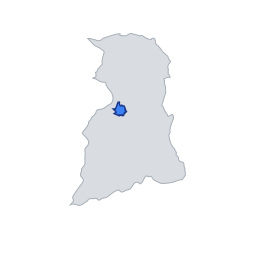 location of Grimari, Ouaka, Central African Republic, rotated 112°
{"feature_id": "33826404B92675237545946", "entity_name": "Grimari", "entity_type": "district", "adm_level": 2, "iso_a3": "CAF", "parent_name": "Central African Republic", "parent_adm1": "Ouaka", "projection": "robinson", "projection_center": [19.988, 5.752], "detail": "fine", "context": "in_parent", "style": "filled", "palette": "blue", "viewbox_px": 256, "rotation_deg": 112, "n_neighbors": 0, "source": "geoboundaries", "source_scale": "gbopen_adm2", "svg_char_len": 4714}
<svg xmlns="http://www.w3.org/2000/svg" viewBox="0 0 256 256"><g transform="rotate(112 128 128)"><path d="M172.7,94.6L174.8,95.2L175.2,95.9L174.6,98.3L175.0,99.8L176.2,101.1L177.4,101.6L178.5,101.9L182.5,102.7L184.2,103.6L186.4,106.4L189.2,108.9L189.9,110.3L189.7,111.5L188.9,113.0L189.1,113.6L190.3,115.1L191.8,116.6L194.5,118.3L199.1,121.0L201.2,122.8L201.9,124.1L203.1,125.6L204.8,126.9L205.9,128.0L205.1,130.9L205.3,131.8L205.8,132.7L206.7,133.8L207.1,135.3L208.1,137.2L209.2,138.0L211.1,138.3L212.1,139.2L214.2,140.6L216.2,141.9L217.1,142.8L217.6,143.6L218.1,144.5L218.3,145.4L218.4,147.4L218.8,149.8L219.8,151.5L220.9,152.7L216.7,151.3L216.1,151.3L215.4,151.5L213.2,153.3L212.5,153.5L209.8,153.1L203.2,151.7L198.2,150.4L196.7,149.9L194.0,149.4L192.2,150.4L190.5,153.5L190.0,154.1L187.4,155.0L186.1,154.8L183.1,155.7L178.4,154.4L176.7,154.6L175.4,155.3L172.0,156.7L170.0,157.5L167.6,158.2L165.3,159.4L163.8,160.0L162.3,160.0L160.9,159.3L159.5,158.8L157.7,158.7L155.9,159.0L154.3,160.3L153.7,161.1L152.3,163.5L150.7,167.4L150.1,168.2L149.5,168.6L142.2,166.6L139.0,166.2L136.9,166.8L134.2,165.7L133.0,165.5L132.5,165.8L131.0,165.4L128.5,164.0L126.2,163.5L124.1,163.7L122.8,163.2L121.8,162.0L120.5,159.6L118.1,157.3L114.9,155.4L112.9,154.0L112.1,153.1L110.3,152.5L107.7,152.4L105.2,153.4L101.5,156.3L98.1,162.3L96.2,164.5L94.7,165.1L94.3,166.6L95.1,168.9L95.3,171.5L94.7,176.0L94.9,179.2L94.1,178.7L93.3,177.2L93.0,176.9L90.7,177.6L89.6,178.2L89.0,178.8L88.5,178.9L87.8,178.0L87.2,177.9L86.3,178.0L85.4,178.0L84.9,177.9L84.5,178.0L83.4,177.5L79.6,176.2L78.9,175.8L78.1,175.9L76.1,177.0L75.1,177.3L71.9,177.9L68.5,178.3L67.2,178.3L66.3,178.8L65.7,179.5L64.6,183.6L64.4,184.3L64.4,185.3L64.1,188.7L64.2,189.7L60.1,198.8L59.5,197.3L59.0,195.5L58.9,193.5L59.0,193.0L58.7,192.3L58.4,190.7L58.7,189.6L58.4,188.5L57.6,187.4L56.9,186.5L56.5,185.8L56.2,185.4L55.4,185.3L54.3,184.9L49.8,179.6L45.0,173.6L44.1,171.6L43.7,170.5L44.9,170.4L45.2,170.2L45.2,169.6L44.5,168.1L44.1,166.1L43.5,164.9L41.7,163.1L39.9,161.7L39.4,161.0L39.1,159.9L38.4,153.5L38.1,151.6L37.5,150.8L37.1,150.4L37.0,150.0L37.1,148.8L37.3,147.8L37.3,147.4L37.8,146.5L37.8,140.5L37.2,139.6L36.2,139.6L35.6,138.8L35.1,137.7L35.3,136.9L36.3,135.7L37.0,135.2L39.0,134.2L39.6,133.7L39.9,133.1L40.1,132.3L41.3,129.3L43.1,126.2L43.8,125.5L45.6,121.0L46.0,119.9L46.3,118.7L46.8,117.8L48.8,116.2L50.2,113.5L51.8,113.7L53.4,114.1L55.4,114.3L57.0,113.8L58.1,112.8L63.1,110.9L63.4,109.5L64.2,108.7L65.1,108.1L65.5,108.0L65.5,108.5L66.1,110.0L67.2,111.5L68.9,113.1L69.3,113.0L70.4,111.8L73.0,111.0L73.6,110.6L75.5,108.8L77.7,107.7L79.0,107.3L81.2,106.1L82.8,106.2L85.4,106.0L89.7,105.5L92.8,105.3L94.3,105.1L94.7,104.8L95.3,103.1L95.8,102.6L96.9,101.8L99.2,99.2L100.7,97.0L101.2,96.2L101.5,96.1L102.1,95.2L101.5,94.2L98.9,92.2L99.0,92.0L98.8,91.6L99.0,91.4L99.9,90.6L101.2,89.7L102.6,89.3L106.3,89.4L109.4,89.2L110.1,89.2L112.5,88.8L114.2,88.4L115.9,87.4L119.7,87.5L122.9,85.1L123.9,84.7L124.3,84.3L124.4,83.9L125.9,83.0L127.6,81.0L128.9,79.2L129.3,78.0L132.9,73.7L134.1,73.8L134.8,73.3L136.2,70.5L136.6,70.0L138.1,69.5L138.9,68.6L139.5,67.4L139.5,65.8L139.2,64.6L139.2,64.0L139.5,63.5L140.1,62.9L142.9,61.4L143.6,60.6L144.0,60.0L144.8,59.9L145.6,59.9L146.1,59.5L146.7,58.8L148.6,57.9L150.4,57.2L152.3,57.5L155.6,58.4L156.6,60.4L157.1,61.1L161.3,65.9L162.1,67.0L164.2,70.5L165.4,72.8L166.9,76.2L167.0,78.0L166.9,79.6L166.6,84.0L166.2,85.3L164.4,87.7L164.3,88.8L164.7,89.7L165.2,90.0L165.6,90.5L165.4,92.6L166.0,93.4L167.4,93.9L170.9,94.3L172.7,94.6Z" fill="#d9dde1" stroke="#a8b0b8" stroke-width="1"/><path d="M119.6,140.4L119.1,139.8L118.9,139.6L118.5,139.6L118.4,139.5L118.5,139.1L118.5,138.8L118.7,138.5L118.6,138.0L118.4,137.8L118.5,137.3L118.0,136.8L117.8,136.8L117.7,137.0L117.3,137.5L117.2,137.4L117.1,137.2L116.7,137.1L115.9,136.6L115.8,136.4L115.7,136.4L115.6,136.5L115.3,136.6L114.9,136.4L114.7,136.5L114.7,136.8L114.4,136.6L114.3,136.4L114.3,136.1L114.2,135.9L113.9,136.0L113.7,136.2L113.6,136.3L113.4,136.5L113.2,136.6L113.1,136.8L112.9,136.7L112.7,136.6L112.7,136.4L112.3,136.9L112.0,137.4L111.9,137.8L111.6,137.8L111.5,137.7L111.3,137.7L111.0,137.8L110.8,138.0L110.6,138.4L110.5,138.5L109.1,139.7L109.4,141.3L109.5,141.7L109.2,142.2L109.5,142.3L109.9,142.5L110.2,142.6L110.3,142.8L110.3,143.2L110.1,143.8L109.9,144.1L109.0,144.9L108.5,145.4L107.4,145.5L107.2,145.9L107.6,146.2L107.8,146.5L107.9,146.9L115.1,146.7L115.2,147.5L115.9,148.8L116.2,147.9L116.4,147.5L116.8,147.2L116.9,146.0L117.3,145.5L117.6,145.3L117.9,145.0L118.2,144.9L118.6,145.1L119.0,145.6L119.2,145.8L119.4,145.9L119.6,146.2L119.8,146.3L120.0,140.9L119.8,140.9L119.5,141.1L119.2,141.1L119.1,140.8L119.4,140.6L119.6,140.4Z" fill="#3b82f6" stroke="#1e3a8a" stroke-width="1.5"/></g></svg>